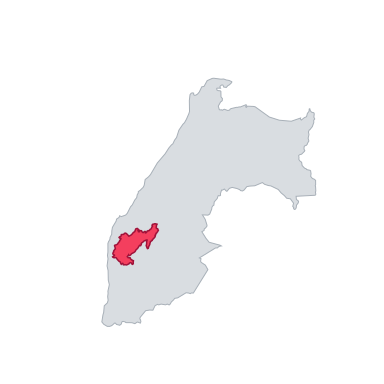 Peru, with Ayacucho highlighted, rotated 58°
{"feature_id": "PER-586", "entity_name": "Ayacucho", "entity_type": "Department", "adm_level": 1, "iso_a3": "PER", "parent_name": "Peru", "parent_adm1": "", "projection": "natural_earth1", "projection_center": [-74.059, -13.878], "detail": "fine", "context": "in_parent", "style": "filled", "palette": "rose", "viewbox_px": 384, "rotation_deg": 58, "n_neighbors": 0, "source": "natural_earth", "source_scale": "10m", "svg_char_len": 8946}
<svg xmlns="http://www.w3.org/2000/svg" viewBox="0 0 384 384"><g transform="rotate(58 192 192)"><path d="M261.3,113.2L261.2,114.2L260.1,114.7L259.1,114.0L257.6,114.2L255.3,111.8L249.9,112.2L247.5,115.0L243.9,115.6L240.0,116.9L235.6,117.5L228.6,121.9L227.0,123.8L223.9,126.4L221.3,127.3L220.0,135.4L217.5,140.1L216.5,142.7L217.9,146.6L217.9,148.6L216.5,150.1L215.3,150.3L212.9,152.0L209.4,155.5L208.7,158.3L209.9,161.9L209.5,162.4L206.6,163.0L206.6,165.1L206.0,165.9L208.5,168.8L209.9,169.5L210.0,170.2L209.7,170.9L209.2,171.2L209.1,171.9L210.9,174.1L212.2,178.4L214.8,180.5L214.8,181.9L215.6,183.3L216.9,184.3L220.1,188.7L220.1,190.7L216.9,195.3L222.2,195.3L228.2,196.9L229.0,197.6L229.7,199.7L229.8,201.1L231.0,202.2L230.9,204.7L238.7,204.7L243.7,204.1L252.0,196.4L253.3,195.7L252.6,197.4L252.5,198.6L252.9,199.9L251.9,201.8L251.8,220.7L253.3,219.7L255.2,221.4L256.6,221.5L261.1,219.4L266.3,219.7L278.4,244.4L277.3,246.0L277.3,247.3L275.9,248.4L274.3,250.4L274.2,260.2L273.0,263.1L273.7,264.7L274.3,267.8L275.4,269.7L275.7,270.9L275.6,271.3L273.9,272.4L273.7,274.2L270.7,277.6L270.1,280.0L269.0,280.8L268.8,283.5L271.5,287.8L269.7,290.4L268.1,294.2L270.8,302.3L271.9,303.5L273.1,303.4L274.9,304.1L275.8,305.3L273.6,306.9L273.3,307.5L273.4,310.2L271.0,312.2L267.7,317.3L266.8,317.5L265.2,319.0L264.9,319.8L265.2,320.5L266.5,322.0L266.7,323.9L264.3,326.2L262.7,326.4L262.1,327.1L262.7,330.2L262.7,331.6L262.2,333.3L261.0,335.1L257.5,336.9L254.4,337.3L249.0,332.6L247.3,330.7L242.0,326.7L241.2,322.6L239.4,320.5L236.1,319.0L233.5,316.9L231.6,315.9L226.8,311.2L222.4,309.7L214.2,304.8L209.7,303.2L204.1,298.6L201.0,297.3L198.5,295.2L191.1,290.6L189.9,289.1L188.8,286.9L187.1,285.5L185.3,282.5L182.5,280.6L179.8,278.2L176.5,271.8L175.0,270.3L174.9,267.3L173.8,266.0L175.4,265.0L176.4,260.5L175.8,258.2L172.0,252.0L171.3,249.5L168.5,244.8L167.5,241.9L165.3,239.9L164.4,238.1L163.2,237.3L163.1,235.2L162.2,231.0L161.0,229.0L156.6,225.1L156.1,220.9L155.2,217.9L149.0,206.0L145.4,194.6L142.4,188.3L141.2,184.6L141.0,182.7L138.8,179.3L137.6,176.2L132.6,170.3L129.7,163.7L129.3,161.7L127.3,158.1L124.1,153.4L122.5,151.5L112.9,145.7L108.4,142.1L107.8,140.3L108.1,139.2L109.0,138.2L110.4,139.0L111.3,138.7L111.9,137.4L111.9,135.4L111.1,132.9L108.0,128.0L108.8,125.8L105.6,120.1L106.4,114.6L107.1,113.2L111.7,107.6L113.0,105.2L115.0,103.7L117.0,101.5L119.5,99.8L120.2,100.3L120.9,103.3L120.8,105.3L121.5,107.5L119.8,109.5L117.9,109.1L117.2,109.6L116.9,110.6L117.2,112.1L117.7,112.7L119.1,112.8L117.2,115.7L117.4,116.3L118.7,116.8L119.9,116.1L121.2,114.4L122.0,114.2L126.7,117.0L128.9,116.7L130.6,118.0L130.8,120.1L133.1,124.2L136.6,125.2L137.2,124.8L138.0,123.3L138.7,123.1L138.9,120.8L141.9,118.4L142.4,116.7L141.9,115.6L142.0,114.6L143.8,109.3L144.3,108.7L144.8,107.0L145.5,105.9L146.6,99.9L147.4,99.9L148.2,101.4L149.1,101.0L148.6,99.6L148.8,99.2L152.1,94.4L153.2,93.3L169.4,86.7L177.4,79.9L184.6,70.3L186.8,60.7L187.6,61.4L188.9,61.2L188.5,57.3L188.8,55.4L188.8,54.9L186.5,52.5L185.6,50.0L183.7,48.6L183.8,48.0L185.8,48.6L187.7,48.3L189.3,46.7L190.5,46.9L193.1,49.0L195.1,49.2L195.7,50.8L197.6,51.9L200.3,55.3L201.6,58.9L201.5,59.6L202.7,61.4L205.3,62.4L207.9,65.0L210.7,65.9L211.9,68.3L212.6,69.0L213.0,70.4L212.6,72.0L213.0,72.9L215.0,74.3L216.7,74.4L217.1,75.1L218.0,79.0L217.4,81.1L217.6,82.2L219.9,83.2L220.6,84.0L222.4,84.2L224.9,83.3L228.0,84.6L230.5,84.1L231.6,83.8L232.7,82.9L233.7,82.9L236.2,80.4L236.9,80.2L239.5,81.3L241.7,83.1L244.5,82.7L245.6,81.7L247.6,81.0L251.2,83.2L252.0,84.2L253.0,84.4L256.8,86.5L257.5,87.4L259.5,88.2L260.0,88.9L259.8,89.7L250.8,106.0L253.6,107.4L256.2,106.5L257.5,107.6L258.5,110.3L260.6,112.0L261.3,113.2Z" fill="#d9dde1" stroke="#a8b0b8" stroke-width="1"/><path d="M206.6,240.8L207.0,241.5L207.5,242.3L207.6,242.9L207.7,243.1L207.8,243.3L208.0,243.5L208.0,243.8L207.9,244.2L208.0,244.4L208.2,244.5L208.4,244.6L208.5,244.8L208.6,245.2L209.3,246.4L209.5,246.5L209.6,246.2L209.8,246.4L210.5,247.2L210.6,247.4L210.7,247.9L210.8,248.2L211.0,248.6L211.0,248.8L211.1,249.3L211.2,249.9L211.4,250.2L211.5,250.4L211.7,251.2L211.7,251.4L212.0,251.5L212.0,251.8L211.9,252.0L212.2,253.3L212.0,253.6L212.2,253.8L212.7,254.2L212.9,254.3L213.2,255.0L213.7,255.2L214.1,255.6L214.8,256.6L215.1,257.3L215.4,257.6L215.4,257.8L215.5,258.0L216.2,258.4L216.5,258.8L216.6,259.0L216.5,259.6L216.4,259.8L216.2,259.8L215.6,259.7L215.4,259.7L215.2,259.7L214.8,259.5L214.6,259.5L213.3,259.3L213.0,259.1L212.4,258.4L212.2,258.2L209.8,256.5L209.6,256.2L209.4,255.9L209.2,255.7L208.9,255.5L208.7,255.7L208.6,255.9L208.5,256.2L208.4,256.5L208.4,256.8L208.6,257.1L208.5,257.4L208.2,257.8L208.1,258.1L208.1,258.3L208.2,258.8L208.2,259.0L208.3,259.3L208.4,259.9L208.5,260.5L208.5,261.5L208.6,261.8L208.8,262.3L208.9,262.5L209.0,262.5L209.4,262.6L209.5,262.7L209.6,262.8L210.0,263.5L210.3,263.9L210.3,264.1L210.2,264.2L210.0,264.3L209.5,264.5L209.5,264.9L211.1,268.2L211.2,269.2L211.3,269.9L211.4,270.2L211.6,270.5L211.9,271.0L212.3,271.8L212.4,272.0L212.4,272.5L212.5,273.2L212.5,273.8L212.3,275.8L212.3,276.1L212.6,276.8L212.8,277.3L212.9,277.6L212.5,279.0L212.4,279.1L212.0,279.2L211.8,279.2L211.9,279.3L212.4,281.0L212.6,281.2L213.2,281.0L213.6,281.0L213.7,280.9L213.9,280.9L213.9,280.7L214.1,280.4L214.4,280.0L214.5,279.8L214.6,279.7L214.7,279.4L214.8,279.3L215.1,279.3L215.4,279.5L215.6,279.5L215.8,279.6L216.2,279.5L216.5,279.5L217.1,279.2L217.4,279.2L217.6,279.1L217.8,279.1L218.1,278.8L218.2,278.7L218.3,278.7L218.6,278.7L218.9,278.7L219.0,278.5L219.1,278.3L219.2,278.1L219.6,278.4L219.9,278.6L220.2,278.8L220.6,279.2L220.8,279.3L221.7,279.8L221.7,280.3L221.9,280.7L221.8,280.8L221.7,280.9L221.6,281.0L221.3,281.1L221.1,281.1L220.4,281.0L220.2,281.0L219.8,281.2L219.7,281.3L219.5,281.5L219.3,281.7L219.3,281.9L219.1,282.6L219.2,283.0L219.4,283.2L219.5,283.4L219.5,283.6L219.5,283.8L219.4,284.1L219.4,284.7L219.3,285.5L219.2,286.1L219.0,286.4L218.2,287.2L218.1,287.4L217.7,288.4L217.5,288.6L217.4,288.7L217.3,288.8L217.2,288.8L216.7,288.6L216.4,288.6L216.1,288.5L215.9,288.5L215.7,288.7L215.7,289.2L215.7,289.9L215.8,290.3L215.2,290.3L214.2,290.2L213.9,290.1L213.4,289.9L211.8,290.7L211.2,290.8L210.6,290.9L209.2,291.1L207.8,291.1L207.5,291.2L207.4,291.3L206.7,292.3L206.6,292.8L206.3,293.1L205.3,293.7L205.1,293.7L204.9,293.7L204.9,293.4L204.9,293.2L205.0,292.5L204.9,292.4L204.9,292.2L204.7,292.0L204.7,291.9L204.7,291.5L204.6,291.3L204.5,291.2L204.4,291.2L203.9,291.5L203.6,291.7L203.3,291.9L203.1,291.9L202.7,291.9L202.4,291.8L202.3,291.7L202.0,291.5L201.6,291.0L201.5,290.8L201.4,290.7L201.4,290.2L201.1,290.0L200.6,289.8L200.5,289.7L200.4,289.5L200.3,289.3L200.3,289.0L200.1,288.7L199.8,288.2L199.7,287.8L199.7,287.6L199.7,287.3L199.7,287.2L199.0,286.9L198.0,286.5L196.9,286.3L196.5,286.2L196.4,286.1L196.3,285.9L196.2,285.5L196.7,284.1L196.7,283.8L196.7,283.3L196.7,282.7L196.5,282.4L196.3,282.0L196.1,281.5L195.9,281.2L195.7,280.7L195.7,280.3L195.7,280.0L195.6,279.8L195.4,279.5L194.8,279.1L194.7,278.9L194.6,278.7L194.6,278.1L194.6,277.9L194.3,277.5L194.1,277.3L194.0,277.1L193.8,277.0L193.7,276.9L193.4,277.0L193.0,277.6L192.9,277.7L192.8,277.8L192.7,277.8L191.9,278.0L191.8,277.9L191.7,277.4L191.6,276.7L191.8,276.1L191.8,275.7L191.7,275.5L191.6,275.3L191.5,275.2L190.9,274.8L190.7,274.5L190.8,274.2L190.9,273.9L191.1,273.7L191.6,272.6L191.7,272.3L191.6,272.0L191.3,271.4L191.3,271.1L191.4,270.9L191.4,270.7L191.7,270.1L192.0,269.9L192.6,269.6L194.9,269.1L195.6,269.1L195.8,269.1L196.0,268.8L196.1,268.5L196.2,266.6L196.1,265.8L195.8,264.7L195.3,263.4L195.2,262.9L195.3,261.7L195.2,261.5L195.1,261.3L195.0,261.1L194.6,260.8L194.5,260.7L194.4,260.2L194.1,259.9L193.7,259.7L193.5,259.3L193.8,257.8L193.9,257.7L194.0,257.7L194.7,257.5L195.2,257.2L195.3,257.2L195.5,257.2L195.6,257.3L195.7,257.5L195.9,257.9L195.9,258.1L196.1,258.1L196.3,258.2L196.7,258.3L197.0,258.4L197.3,258.5L197.8,257.9L197.8,257.7L197.6,257.6L197.2,257.4L196.8,256.9L196.8,256.7L197.0,256.6L197.6,256.1L197.8,255.9L198.0,255.4L198.3,255.3L198.6,255.4L198.7,255.5L198.8,255.5L199.1,255.4L199.3,255.4L199.6,255.4L200.1,255.3L200.2,255.2L200.5,255.0L200.6,254.8L200.6,254.6L200.6,254.4L200.4,254.0L200.4,253.6L200.4,253.3L200.4,253.1L200.4,252.9L200.5,252.8L200.6,252.7L200.8,252.5L201.0,252.5L201.5,252.7L201.9,253.0L202.0,253.1L202.2,252.9L202.2,252.6L202.2,252.3L201.8,251.2L201.4,250.8L201.5,250.3L201.5,250.2L201.5,249.7L201.8,249.6L201.9,249.2L202.0,249.0L202.0,248.9L202.0,248.5L201.9,248.3L201.6,247.6L201.6,247.4L201.5,247.2L201.6,246.9L201.6,246.5L201.6,246.4L201.5,246.1L201.4,245.9L200.7,244.9L200.4,244.4L200.2,243.7L199.8,243.5L199.6,243.6L199.4,243.7L199.0,243.5L198.5,242.6L198.8,241.8L199.2,240.4L199.3,240.2L199.9,239.5L200.8,238.7L201.0,239.0L201.2,239.4L201.2,239.6L201.3,239.8L201.5,239.9L201.9,240.1L202.1,240.2L202.4,240.6L202.6,240.8L202.8,241.0L203.0,241.1L203.7,241.4L203.8,241.4L204.2,241.3L204.4,241.1L204.7,240.7L205.0,240.6L205.4,240.6L205.8,240.8L206.0,240.9L206.6,240.8Z" fill="#f43f5e" stroke="#9f1239" stroke-width="1.5"/></g></svg>